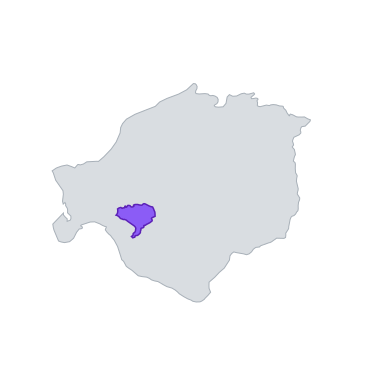 location of Vrancea within Romania, rotated 147°
{"feature_id": "ROU-317", "entity_name": "Vrancea", "entity_type": "County", "adm_level": 1, "iso_a3": "ROU", "parent_name": "Romania", "parent_adm1": "", "projection": "mercator", "projection_center": [27.101, 45.78], "detail": "fine", "context": "in_parent", "style": "filled", "palette": "violet", "viewbox_px": 384, "rotation_deg": 147, "n_neighbors": 0, "source": "natural_earth", "source_scale": "10m", "svg_char_len": 5399}
<svg xmlns="http://www.w3.org/2000/svg" viewBox="0 0 384 384"><g transform="rotate(147 192 192)"><path d="M286.8,215.7L289.9,220.0L293.8,222.3L302.9,224.7L303.7,224.4L303.8,224.0L303.2,223.3L303.1,222.5L303.5,221.5L304.8,221.5L306.8,222.4L310.7,221.1L316.5,217.7L321.7,217.0L326.5,219.0L329.0,221.4L330.6,223.6L330.1,226.4L329.8,228.1L328.5,235.2L327.6,237.9L326.2,240.9L311.3,244.4L312.3,242.7L311.9,239.7L311.3,237.5L312.7,235.4L309.3,234.7L307.9,235.8L306.7,237.8L307.7,242.3L306.1,244.7L305.5,246.1L305.4,249.4L304.4,250.8L304.3,252.4L306.6,252.0L305.6,254.8L301.1,260.2L299.5,263.4L299.9,276.1L297.9,283.7L297.8,285.9L293.0,286.0L291.6,285.8L287.1,284.7L282.1,282.7L279.1,278.8L277.2,276.0L273.0,277.2L272.2,276.9L271.0,275.6L267.8,274.6L263.8,274.6L254.9,269.5L253.9,268.6L246.9,269.5L236.4,272.0L228.4,275.2L220.1,280.7L216.7,284.9L212.9,287.2L207.3,288.8L197.4,288.2L187.1,286.1L176.1,283.8L170.1,285.1L162.0,284.1L149.9,281.4L140.8,280.6L131.8,282.2L130.3,281.0L130.0,279.6L130.3,277.6L131.6,276.0L133.8,274.8L134.9,273.5L135.0,272.3L132.6,270.3L127.6,267.5L125.6,265.8L125.1,265.3L124.9,263.8L123.9,262.5L122.0,261.7L120.5,260.0L119.4,257.7L119.6,255.5L121.1,253.4L123.1,252.5L125.4,252.7L126.4,252.2L126.0,250.7L123.7,248.8L119.5,246.5L115.2,247.8L110.8,252.5L107.6,253.3L105.7,250.1L102.3,248.2L97.3,247.6L94.3,246.4L93.1,244.5L90.9,243.1L86.2,241.6L86.1,240.1L86.9,239.8L88.6,239.6L90.9,239.3L91.2,238.5L91.2,237.8L89.4,236.8L87.6,236.2L86.7,235.5L86.1,234.8L86.0,234.0L86.5,233.5L87.2,233.5L87.9,233.0L88.3,231.3L89.3,229.9L90.0,229.3L90.0,228.3L89.3,227.3L88.3,226.4L86.8,225.9L82.3,224.4L80.0,222.3L78.6,222.2L76.3,221.1L73.9,219.2L71.8,216.6L69.6,214.9L69.0,214.3L69.0,213.6L69.4,212.9L69.4,212.1L68.8,209.5L69.2,206.8L69.1,204.3L69.0,203.1L68.6,202.8L68.2,203.2L67.7,203.7L67.1,203.8L65.5,201.9L63.4,198.1L61.9,196.9L59.2,195.1L56.8,193.7L55.2,190.5L53.4,188.0L54.6,187.0L61.2,185.6L64.3,187.0L65.7,186.5L67.1,185.3L67.8,184.4L67.9,183.4L68.6,182.2L70.9,181.6L76.8,182.4L79.2,180.7L80.1,179.8L80.6,177.7L81.2,176.1L83.4,175.2L83.3,173.7L83.0,172.0L84.3,168.4L85.0,166.9L86.2,166.3L87.7,165.1L90.2,162.7L89.6,160.6L90.1,159.1L92.7,155.3L94.7,151.6L94.7,149.8L95.0,148.2L96.8,146.4L98.6,144.1L101.1,137.0L102.0,135.8L103.6,134.4L104.8,133.0L104.9,128.3L106.0,126.9L108.2,125.4L110.3,122.9L112.1,120.0L113.4,118.6L115.2,118.2L117.1,117.1L119.3,116.7L121.4,117.2L122.7,116.9L124.7,115.5L129.9,110.1L130.6,109.0L131.6,108.3L135.8,106.4L136.9,104.6L138.3,102.9L140.1,103.0L146.2,107.2L152.6,106.9L153.8,107.1L154.2,107.1L155.0,107.5L163.5,109.5L164.9,109.3L165.2,109.1L168.7,110.8L171.7,110.6L174.6,109.4L177.7,109.0L180.4,109.7L182.5,112.1L188.0,117.2L189.6,119.0L192.2,118.8L194.9,117.8L197.7,114.5L206.4,110.6L213.0,109.7L219.4,108.1L226.8,107.1L229.0,103.9L230.2,101.8L231.0,97.8L235.0,96.6L238.8,95.8L240.2,95.3L243.0,95.2L245.1,95.5L248.4,97.5L250.8,99.9L251.7,101.9L253.7,104.6L255.8,108.5L258.1,113.6L258.6,116.2L259.5,119.0L261.2,122.4L264.5,126.2L264.9,126.9L266.4,129.6L269.3,135.4L271.7,137.7L273.8,140.3L274.8,142.8L276.3,145.2L279.9,148.2L282.7,151.0L285.0,159.0L286.6,162.7L287.6,165.4L287.1,171.1L287.8,173.5L286.5,177.9L284.1,186.8L283.5,193.8L283.9,197.5L284.0,200.0L284.6,201.5L285.2,204.7L285.3,207.5L284.5,208.2L283.3,208.9L282.8,209.5L283.9,210.7L285.4,213.0L286.8,215.7Z" fill="#d9dde1" stroke="#a8b0b8" stroke-width="1"/><path d="M233.2,200.9L233.4,198.9L233.9,196.7L233.9,196.1L234.4,194.7L236.2,191.7L239.6,192.2L240.5,191.8L240.6,191.4L240.6,190.6L240.7,190.2L240.9,189.8L241.2,189.5L241.7,189.4L244.5,189.2L245.4,189.4L246.7,189.4L247.4,189.6L247.9,189.7L248.5,189.5L249.0,189.5L249.4,189.6L250.5,190.1L250.8,190.0L250.9,189.8L251.0,189.6L251.1,189.2L251.4,188.9L251.9,188.7L252.3,188.7L252.7,188.7L254.3,189.3L254.6,189.2L254.9,189.0L255.2,188.4L255.5,188.0L256.3,187.5L256.6,187.2L257.1,186.5L257.4,186.1L258.2,185.7L260.3,185.3L261.1,185.3L261.7,185.4L262.9,186.1L263.4,186.2L263.8,186.1L264.0,185.9L264.1,185.6L264.4,185.4L264.6,185.3L265.7,185.6L266.6,185.8L267.0,187.7L265.3,187.8L265.0,188.0L264.6,188.3L264.4,188.7L263.9,189.2L263.4,189.3L262.4,189.4L261.6,189.5L261.0,189.9L260.4,190.4L259.7,191.3L259.2,191.8L259.0,192.1L258.8,192.5L258.7,193.0L258.7,193.9L258.9,195.0L262.1,202.9L262.2,203.5L262.4,204.1L262.6,204.5L263.4,205.5L263.6,205.8L264.4,206.2L264.7,206.4L264.9,206.7L265.0,207.0L265.2,207.3L265.8,207.9L266.2,208.4L266.4,209.0L266.6,209.9L266.7,210.4L266.6,210.8L266.7,211.1L267.3,212.5L267.5,213.0L268.3,213.9L266.6,214.5L266.0,214.9L265.5,215.4L264.7,216.4L264.0,217.5L263.7,218.3L262.4,218.4L261.8,218.3L260.3,217.9L260.1,217.8L259.9,217.5L259.8,217.1L259.7,216.8L259.6,216.5L259.4,216.3L259.1,216.2L258.5,216.3L258.3,216.2L258.0,215.9L257.7,215.7L257.2,215.6L256.9,215.7L256.6,216.0L256.4,216.2L256.2,216.5L255.9,216.6L255.6,216.5L255.5,216.1L255.6,215.4L255.6,215.1L255.4,215.0L255.0,215.0L254.6,215.1L253.9,215.5L253.6,215.6L253.2,215.7L252.8,215.5L252.3,215.2L251.5,214.4L251.3,213.8L251.3,213.3L251.3,213.0L251.1,212.6L250.6,212.2L249.8,211.8L249.1,211.7L248.6,211.7L248.4,211.9L248.3,212.0L248.4,212.3L248.5,212.4L248.4,212.5L248.2,212.8L247.8,212.8L247.3,212.7L246.7,212.6L246.4,212.4L245.2,211.7L244.2,211.0L243.5,210.1L241.7,208.5L241.0,208.3L240.6,208.3L240.3,208.4L240.0,208.5L239.5,208.5L238.7,208.4L238.2,208.0L237.6,207.3L235.7,203.9L234.5,202.2L233.2,200.9Z" fill="#8b5cf6" stroke="#5b21b6" stroke-width="1.5"/></g></svg>